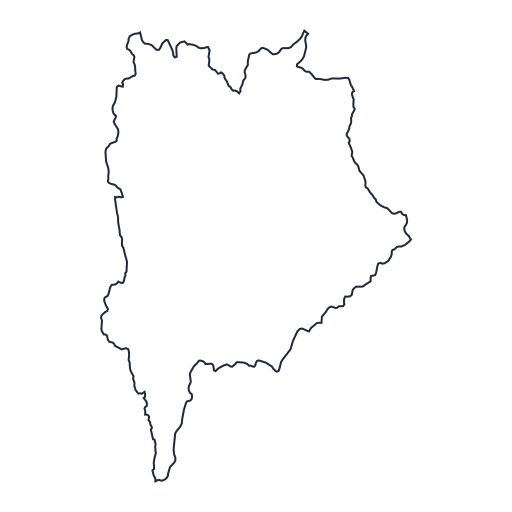 Rio Pardo de Minas, Minas Gerais, Brazil
{"feature_id": "56859067B77231860694745", "entity_name": "Rio Pardo de Minas", "entity_type": "district", "adm_level": 2, "iso_a3": "BRA", "parent_name": "Brazil", "parent_adm1": "Minas Gerais", "projection": "natural_earth1", "projection_center": [-42.565, -15.774], "detail": "fine", "context": "isolated", "style": "outline", "palette": "slate", "viewbox_px": 512, "rotation_deg": 0, "n_neighbors": 0, "source": "geoboundaries", "source_scale": "gbopen_adm2", "svg_char_len": 5958}
<svg xmlns="http://www.w3.org/2000/svg" viewBox="0 0 512 512"><path d="M249.0,365.7L250.5,365.6L252.3,366.4L254.1,366.8L255.3,365.5L255.8,363.1L256.9,361.1L258.8,360.4L266.0,362.7L272.0,366.6L273.4,368.8L275.4,370.8L276.8,371.7L278.7,370.8L279.9,367.0L281.0,362.2L282.7,359.4L290.6,349.2L292.7,341.6L294.2,338.2L297.4,331.4L299.8,328.9L302.3,328.6L308.9,331.5L311.1,327.9L316.6,323.3L318.1,322.8L321.5,322.8L321.9,316.7L325.5,312.4L327.8,308.8L329.2,307.5L331.3,306.5L335.9,308.1L337.5,307.5L338.8,306.3L343.2,306.1L344.4,304.2L343.9,302.2L344.0,300.5L344.3,298.4L345.3,296.5L347.4,296.7L349.8,296.4L351.7,295.0L352.8,289.7L354.5,287.9L356.2,286.7L361.8,286.7L363.6,286.1L365.2,284.7L370.6,281.3L370.6,277.9L371.0,276.0L375.2,275.1L376.1,272.8L377.4,266.2L378.2,263.6L380.7,262.9L382.6,263.7L384.8,263.2L388.2,260.9L390.7,257.1L391.4,255.3L391.8,253.4L391.7,251.6L392.5,250.0L394.3,249.4L396.9,247.0L398.3,246.5L401.5,246.5L405.0,244.9L408.9,241.8L411.0,239.6L410.0,238.2L408.9,236.1L406.0,233.5L404.9,231.4L404.2,229.1L404.6,226.6L406.0,224.8L407.0,222.5L407.1,220.2L406.0,215.2L404.4,215.1L402.4,214.2L400.9,211.7L398.7,211.9L397.0,213.0L395.3,213.6L393.6,213.7L391.7,212.9L388.6,209.5L386.6,207.8L384.8,207.6L380.6,205.5L377.3,202.7L376.2,201.4L375.7,199.3L374.2,198.0L372.8,195.5L370.0,192.3L367.6,188.3L365.8,187.3L365.3,185.4L365.5,183.3L365.4,180.9L363.5,175.4L359.4,170.8L358.4,166.7L357.5,164.9L355.4,163.1L354.2,161.2L352.6,157.3L351.6,155.9L352.3,151.8L350.7,147.2L348.7,142.8L349.7,141.1L349.5,139.2L346.7,135.6L346.9,133.2L348.1,131.5L349.3,128.3L349.4,126.6L351.1,122.9L351.2,120.4L351.0,117.9L351.8,116.5L352.1,114.0L353.9,111.0L354.7,109.0L353.4,106.7L353.4,102.9L353.7,99.3L352.8,97.4L351.8,93.8L352.5,92.1L354.1,91.1L352.1,86.9L350.8,84.9L349.4,80.0L348.2,78.0L345.5,77.8L339.3,78.6L331.9,78.4L328.2,79.7L325.7,79.9L323.9,79.8L319.9,78.9L315.8,79.0L314.6,78.0L312.2,74.8L309.3,71.8L306.3,71.7L304.5,70.7L303.1,68.9L300.7,67.5L298.5,67.1L296.9,66.3L297.0,64.4L300.7,61.1L302.6,58.9L304.0,56.2L306.2,47.6L306.1,45.4L305.2,40.4L305.5,37.3L306.5,35.4L308.1,33.8L304.3,30.7L301.7,36.6L300.2,38.6L297.4,41.4L293.6,44.2L290.8,47.2L288.7,48.1L283.2,48.1L281.6,48.6L278.9,52.3L277.1,53.6L275.1,54.1L273.0,54.3L270.0,52.0L267.7,49.8L263.1,47.9L261.2,48.2L258.6,51.1L257.0,52.1L253.8,53.0L252.0,53.1L250.5,53.6L249.3,54.5L247.8,61.3L247.9,64.8L244.9,70.0L244.6,72.1L245.4,74.6L245.5,77.3L244.5,79.2L243.5,80.3L242.9,81.9L242.4,84.4L240.3,88.7L240.5,91.2L239.1,93.4L237.2,91.5L235.1,90.5L233.1,90.7L231.5,89.1L230.5,87.1L228.6,85.8L227.0,81.6L224.6,78.1L224.4,76.0L223.1,73.9L221.1,72.4L219.8,73.4L218.1,73.7L215.0,70.0L212.5,69.5L208.7,65.7L209.3,60.8L209.2,58.7L208.5,56.8L209.6,50.4L208.0,47.0L206.0,47.3L204.1,48.1L200.5,48.2L198.4,47.6L196.5,46.0L192.8,44.7L188.9,44.1L187.5,44.7L186.2,43.0L184.4,41.4L181.2,42.2L179.8,42.8L176.7,46.0L176.3,47.9L176.7,56.7L174.8,57.4L173.4,55.7L173.1,52.9L172.4,50.1L167.7,40.1L166.1,39.9L162.4,43.3L160.1,48.2L158.8,49.9L156.8,49.9L155.3,48.7L151.7,45.1L148.5,44.0L144.9,43.6L143.6,42.5L142.5,41.2L141.8,39.6L140.1,32.4L138.4,33.3L134.3,33.9L132.3,34.7L129.8,36.3L128.6,38.8L128.5,41.1L127.3,44.1L126.6,46.6L127.1,48.7L130.2,50.6L132.1,54.0L133.8,55.4L134.4,57.1L133.7,60.4L133.6,62.1L134.9,65.3L135.2,67.9L135.2,70.3L135.7,73.8L134.6,75.7L132.6,76.1L128.6,78.5L126.6,78.5L124.5,79.3L123.1,81.0L122.2,82.8L123.1,84.3L122.7,86.7L118.5,85.6L116.8,87.0L116.3,97.2L114.8,102.5L112.9,105.8L112.5,108.5L112.7,110.8L113.3,112.9L114.4,114.7L115.9,115.7L115.6,117.9L114.5,119.7L113.7,121.7L114.6,123.9L118.1,129.4L118.4,132.5L118.1,134.3L117.6,136.7L116.5,138.6L116.7,140.6L115.3,142.0L113.7,142.3L110.2,143.7L108.3,146.6L106.5,148.2L105.6,150.6L105.5,152.7L106.1,161.4L108.4,168.6L108.7,172.0L108.2,176.2L108.4,178.9L107.8,181.3L109.0,182.9L110.6,183.7L114.4,184.7L115.9,185.7L117.1,187.3L120.4,189.4L122.3,194.6L122.9,196.9L120.8,197.3L118.3,196.7L116.5,197.4L115.1,197.0L115.1,199.7L116.8,211.6L118.1,217.7L118.1,221.1L118.4,223.8L119.6,230.4L119.7,233.0L120.1,235.4L121.7,237.4L122.1,239.6L121.9,244.1L122.2,246.1L123.5,247.9L124.6,253.1L127.0,261.7L126.5,271.7L125.2,273.2L125.4,275.6L124.5,277.6L124.0,280.6L123.1,282.7L121.5,283.0L118.3,281.6L117.1,283.3L115.4,284.4L111.7,285.0L110.3,287.0L108.6,293.6L107.7,295.9L105.5,297.0L104.4,298.2L104.2,299.9L104.4,301.6L105.9,305.4L107.9,309.0L107.4,310.9L105.3,312.0L102.8,314.1L101.6,315.6L101.0,317.3L102.0,320.8L101.4,328.5L101.6,330.8L103.8,334.4L105.6,334.5L106.9,335.6L107.9,339.8L109.3,341.8L112.6,342.5L114.0,343.7L115.1,345.9L121.8,349.4L125.8,348.2L128.0,349.0L128.8,350.9L129.0,353.1L129.1,355.6L128.6,360.0L129.6,362.2L130.0,368.4L130.6,370.8L133.5,376.3L133.1,378.8L134.5,382.8L134.3,385.7L135.5,389.9L138.3,393.6L140.0,393.3L141.9,393.7L144.6,391.8L145.1,394.0L145.0,396.9L143.7,398.0L146.4,401.5L146.9,403.6L146.7,406.0L145.1,407.1L144.5,408.6L145.1,410.3L145.3,412.5L145.1,414.6L146.7,414.6L148.1,415.2L149.2,417.0L148.5,420.1L150.1,422.0L150.3,424.2L152.0,427.6L150.9,429.6L153.0,439.2L154.4,439.5L155.0,441.3L155.6,444.1L155.1,447.3L155.5,449.2L155.4,451.2L155.9,452.7L154.5,458.1L153.7,463.0L154.1,466.1L154.0,469.0L152.4,470.4L153.6,475.2L155.4,478.6L155.4,481.3L157.9,480.1L159.6,480.0L161.3,480.7L163.2,480.3L165.2,479.3L167.1,477.4L168.0,475.4L168.1,473.6L170.0,467.1L174.1,462.7L175.3,460.8L175.4,457.6L174.4,455.2L173.9,452.6L173.6,449.3L175.2,433.4L176.7,430.9L179.9,427.1L181.8,423.5L182.2,419.1L183.9,410.0L184.6,407.5L186.1,402.8L187.1,401.3L190.2,400.6L191.5,399.3L192.1,397.1L191.8,394.3L190.0,392.8L188.8,390.4L188.6,387.8L188.9,386.1L190.6,382.6L190.7,380.7L189.8,374.3L190.4,372.4L193.8,366.4L197.7,362.5L198.9,360.7L200.7,360.6L202.5,361.1L204.2,362.1L205.5,364.1L211.3,363.7L212.7,364.6L213.4,366.2L214.0,370.4L215.6,371.1L217.2,369.4L219.0,368.0L223.4,365.6L226.7,364.4L228.5,365.1L230.3,366.4L232.1,366.7L235.3,364.1L236.5,362.3L238.5,362.2L243.9,362.6L247.3,364.0L249.0,365.7Z" fill="none" stroke="#1e293b" stroke-width="2"/></svg>